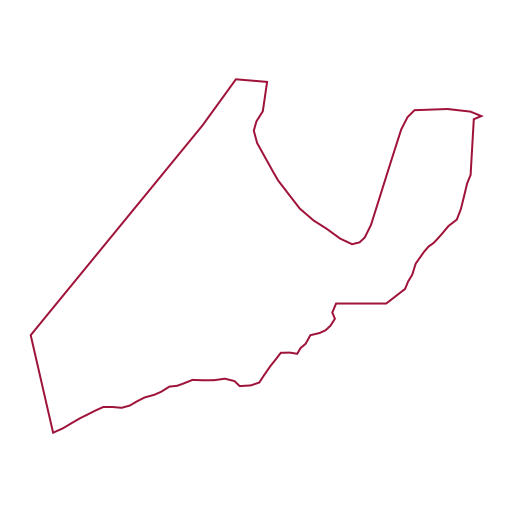 Junco do Seridó, Paraíba, Brazil
{"feature_id": "56859067B6318003326447", "entity_name": "Junco do Seridó", "entity_type": "district", "adm_level": 2, "iso_a3": "BRA", "parent_name": "Brazil", "parent_adm1": "Paraíba", "projection": "natural_earth1", "projection_center": [-36.749, -6.988], "detail": "fine", "context": "isolated", "style": "outline", "palette": "rose", "viewbox_px": 512, "rotation_deg": 0, "n_neighbors": 0, "source": "geoboundaries", "source_scale": "gbopen_adm2", "svg_char_len": 1124}
<svg xmlns="http://www.w3.org/2000/svg" viewBox="0 0 512 512"><path d="M267.1,81.9L235.9,79.3L202.5,125.4L47.5,314.6L30.7,335.2L53.1,432.7L63.1,428.2L71.8,423.0L80.1,418.2L89.2,413.7L95.7,410.4L103.3,407.0L112.3,407.0L121.6,407.8L129.7,405.6L136.7,401.5L144.5,397.5L154.3,394.8L161.1,391.8L169.4,386.6L177.1,385.8L183.0,383.7L192.5,379.9L203.8,380.3L214.1,380.2L224.9,378.7L234.5,381.1L239.7,386.1L250.9,385.4L259.3,382.5L264.2,375.0L270.6,365.8L275.5,359.7L280.8,352.8L289.8,352.6L297.2,353.8L300.5,348.1L305.6,343.8L310.4,335.2L319.6,333.0L325.5,330.3L330.4,325.8L334.9,318.8L332.3,312.5L336.1,303.5L386.2,303.5L405.1,288.9L408.1,281.5L412.2,274.8L415.7,263.6L424.1,251.7L428.6,246.5L433.7,242.9L438.1,238.2L442.6,233.1L448.5,226.0L456.8,219.6L460.8,209.3L464.1,196.1L467.1,183.5L470.6,174.9L473.8,119.2L481.3,116.1L470.4,111.6L447.2,109.0L414.5,110.2L407.5,117.2L401.2,129.5L390.7,162.3L371.0,224.9L364.7,237.6L359.5,242.4L352.1,244.2L340.3,238.7L326.4,228.6L313.6,220.5L299.7,208.5L278.2,180.6L273.2,172.0L257.1,143.0L253.8,130.7L256.4,121.4L262.8,111.3L267.1,81.9Z" fill="none" stroke="#9f1239" stroke-width="2"/></svg>